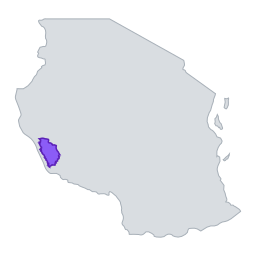 location of Nkasi, Rukwa, United Republic of Tanzania
{"feature_id": "72390352B34861075189695", "entity_name": "Nkasi", "entity_type": "district", "adm_level": 2, "iso_a3": "TZA", "parent_name": "United Republic of Tanzania", "parent_adm1": "Rukwa", "projection": "mercator", "projection_center": [30.833, -7.587], "detail": "fine", "context": "in_parent", "style": "filled", "palette": "violet", "viewbox_px": 256, "rotation_deg": 0, "n_neighbors": 0, "source": "geoboundaries", "source_scale": "gbopen_adm2", "svg_char_len": 7084}
<svg xmlns="http://www.w3.org/2000/svg" viewBox="0 0 256 256"><path d="M88.1,189.7L84.8,188.0L81.8,186.9L79.3,185.8L78.2,184.6L75.9,184.2L74.0,184.0L72.1,182.9L68.3,182.5L67.9,181.8L67.8,180.2L67.2,179.8L65.8,179.4L64.3,179.4L63.4,179.6L62.9,179.5L61.7,178.6L60.5,177.4L60.1,175.5L58.3,174.3L56.4,173.4L50.8,173.5L49.9,173.2L48.6,172.2L47.1,170.6L45.8,168.8L44.7,166.4L43.6,163.1L37.3,149.9L36.6,147.5L35.4,144.7L33.3,141.3L31.2,138.8L28.3,136.5L25.0,134.3L23.2,132.7L19.8,126.6L19.1,123.7L18.5,120.7L18.7,119.5L20.9,115.6L21.1,114.6L20.8,113.1L19.8,110.0L18.5,106.3L15.8,99.5L15.4,97.8L15.4,96.5L17.0,89.7L17.0,88.7L23.3,88.8L28.0,85.8L32.0,81.3L32.8,79.5L34.5,76.6L36.1,75.1L36.7,74.1L37.6,71.3L39.8,69.3L41.8,67.8L41.4,66.8L41.7,66.4L42.8,65.6L45.0,64.9L45.5,63.4L45.4,61.7L45.1,60.7L45.2,59.6L44.8,59.0L43.4,58.9L41.3,58.0L39.5,57.7L38.3,57.2L37.8,56.8L37.6,55.8L38.6,53.1L37.6,52.1L39.8,47.7L40.2,47.2L41.0,47.1L42.3,46.7L43.5,46.4L44.5,46.6L45.2,46.4L45.8,45.9L46.3,44.5L46.8,42.0L46.5,40.0L45.6,38.4L45.4,36.1L45.8,32.9L45.5,30.3L44.5,28.1L43.4,26.9L41.8,26.3L39.3,23.1L38.6,21.5L38.7,20.5L39.6,20.1L41.1,20.3L42.6,19.9L44.0,19.0L45.4,18.8L46.1,18.9L109.5,18.9L183.6,60.3L183.9,60.8L184.5,64.3L184.4,65.5L183.2,67.6L182.9,68.7L182.9,69.4L183.2,69.7L184.1,69.8L185.0,70.3L185.3,70.7L185.9,72.2L186.7,73.0L214.9,93.3L215.5,93.6L215.1,95.3L213.5,99.5L213.4,101.2L212.8,103.2L212.2,104.6L210.6,110.4L209.2,112.6L207.4,117.7L207.1,121.6L208.1,124.4L208.5,126.9L210.7,129.5L212.4,130.4L213.6,131.5L215.7,134.1L216.9,136.8L220.6,138.1L222.1,141.0L221.5,143.1L219.8,144.8L218.2,147.5L216.9,151.1L216.8,156.6L217.7,155.8L219.7,157.1L220.0,161.2L217.9,165.9L217.3,168.1L217.2,170.0L218.7,175.7L220.9,178.6L220.8,179.5L220.2,180.2L224.0,185.3L223.7,189.8L225.1,193.2L225.8,196.3L226.7,198.6L226.9,200.1L225.7,201.9L228.5,202.4L230.2,203.8L230.9,205.2L233.0,205.1L234.1,206.1L235.6,206.8L239.1,209.2L240.1,210.3L240.6,211.4L231.0,218.8L227.6,220.7L225.1,221.5L222.4,222.0L219.9,223.2L217.5,225.0L214.5,225.9L210.8,225.9L206.9,227.2L200.8,231.0L197.2,228.9L194.4,228.2L191.2,228.3L189.2,228.5L188.5,229.0L187.9,230.3L187.4,232.4L185.3,234.4L181.6,236.4L178.1,237.1L175.0,236.6L172.9,235.8L171.8,234.7L170.2,234.2L168.0,234.2L166.0,235.1L164.0,236.6L160.9,237.2L156.6,237.0L154.2,236.3L153.9,235.0L152.0,233.5L148.6,231.8L146.0,231.8L144.4,233.4L142.9,234.5L141.6,234.9L140.4,234.9L138.6,234.5L133.8,234.3L129.3,234.4L128.9,232.0L127.9,230.6L127.1,229.7L125.6,229.5L125.1,228.8L124.6,227.4L123.9,226.1L122.8,225.1L122.2,224.1L122.0,223.2L122.2,222.3L123.1,219.8L123.4,218.2L123.3,216.5L122.8,214.8L121.7,212.7L121.9,212.1L121.5,210.7L121.5,209.7L121.7,208.5L121.5,206.9L120.5,203.4L120.5,202.5L119.6,200.8L116.6,196.9L116.4,196.4L111.7,192.4L109.8,191.5L109.2,192.3L108.9,193.0L109.1,194.3L109.0,194.9L108.8,195.2L107.7,195.1L107.0,195.0L105.2,193.9L103.8,193.7L100.4,193.8L99.2,194.1L98.2,193.9L96.4,192.0L94.3,191.6L92.3,191.6L89.2,189.5L88.1,189.7ZM221.1,123.7L222.6,128.1L222.4,128.9L221.3,129.4L220.8,129.4L220.1,128.7L219.6,127.3L218.8,127.6L217.4,125.9L216.0,125.8L214.7,123.7L215.2,121.9L214.9,118.8L216.4,117.2L217.3,114.5L218.3,116.4L218.5,119.2L219.8,122.5L221.1,123.7ZM228.5,98.0L228.7,99.0L228.3,100.0L228.4,103.0L228.3,105.1L227.1,107.9L226.2,108.9L225.4,108.6L224.7,108.1L224.1,107.4L225.2,102.2L224.7,98.4L226.8,98.8L228.5,98.0ZM225.4,160.5L224.3,160.8L223.9,160.5L223.2,159.6L224.4,158.9L225.5,157.5L228.2,155.4L229.4,153.8L229.2,155.4L227.7,158.9L226.4,159.1L225.4,160.5Z" fill="#d9dde1" stroke="#a8b0b8" stroke-width="1"/><path d="M48.2,139.3L46.2,138.9L45.0,138.8L44.8,138.7L44.2,138.5L42.9,138.2L41.5,138.3L40.6,138.5L40.2,138.7L39.2,138.8L39.6,139.2L39.8,139.2L39.8,139.3L40.0,139.4L40.2,139.6L40.3,139.6L40.5,139.7L40.6,139.9L40.6,140.0L40.6,140.7L40.5,141.0L40.3,141.3L40.2,141.3L40.2,141.5L40.3,141.5L40.2,141.7L40.4,141.8L40.3,142.0L40.4,142.3L40.0,142.8L39.7,143.1L39.5,142.9L39.3,142.8L39.2,142.7L39.1,142.9L39.2,143.0L39.2,142.9L39.3,143.0L39.3,143.3L39.2,143.3L39.3,143.4L39.5,143.3L39.6,143.5L39.9,143.6L39.9,143.8L39.7,144.0L39.7,144.3L39.8,144.4L39.7,144.6L39.9,144.7L40.0,145.0L40.2,145.5L40.3,145.9L40.5,146.0L40.8,146.4L40.8,146.6L41.2,147.0L41.1,147.3L41.2,147.6L41.3,147.7L41.5,148.0L41.4,148.4L41.5,148.4L41.5,148.5L41.5,148.4L41.4,148.5L41.2,148.9L41.3,148.9L41.2,148.9L41.2,149.0L40.9,149.2L41.0,149.4L40.9,149.5L41.0,149.6L41.2,149.8L41.2,150.2L41.3,150.4L41.2,150.5L40.9,150.4L40.9,150.5L40.7,150.6L40.7,150.8L40.8,150.8L40.8,151.0L41.0,151.0L41.2,151.3L41.3,151.4L41.4,151.5L41.5,151.6L41.6,151.8L41.6,152.0L41.7,152.3L41.8,152.4L41.9,152.6L42.2,152.9L42.3,152.9L42.4,153.0L42.4,153.3L42.3,153.5L42.5,153.6L42.7,153.9L43.0,154.1L43.0,154.4L43.3,154.6L43.7,154.8L43.9,155.0L44.0,155.0L44.1,155.3L44.3,155.5L44.4,156.0L44.5,156.2L44.5,156.6L44.6,156.8L44.5,157.0L44.8,157.0L44.8,157.3L44.9,157.5L45.0,157.5L44.9,157.7L44.9,157.8L45.0,157.8L45.0,158.0L45.1,158.4L45.3,158.5L45.5,158.7L45.8,158.7L45.8,158.8L45.8,159.0L46.0,159.0L46.0,159.7L46.0,159.8L46.0,160.1L46.4,160.2L46.5,160.2L46.5,160.3L46.7,160.6L46.8,160.6L46.9,160.8L47.0,161.0L47.3,161.4L47.3,161.5L47.2,161.5L47.4,161.6L47.4,161.8L47.4,162.1L47.3,162.3L47.4,162.5L47.6,162.9L47.6,163.1L47.8,163.2L48.1,163.1L48.3,163.2L48.4,163.3L48.5,163.3L48.5,163.6L48.6,163.8L48.7,164.0L48.7,164.3L48.6,164.5L48.4,164.5L48.5,164.3L48.4,164.3L48.1,164.3L48.0,164.5L48.3,164.4L48.3,164.5L48.2,164.5L48.3,164.7L48.3,164.8L48.3,165.0L48.4,164.9L48.5,165.0L48.5,165.3L48.4,165.4L48.7,165.6L48.8,165.5L48.7,165.8L48.9,165.8L49.0,165.9L48.9,166.0L48.8,166.3L48.9,166.6L49.0,166.7L49.3,166.5L49.3,166.4L49.2,166.3L49.1,166.2L49.4,166.5L49.5,166.5L49.4,166.6L49.5,166.8L49.6,166.7L49.7,166.8L49.7,166.7L49.9,166.3L50.0,166.2L50.4,166.0L50.6,165.9L50.8,165.9L51.0,165.7L51.3,165.5L51.4,165.4L51.5,165.3L51.8,165.2L52.0,165.1L52.1,164.8L52.4,164.8L52.6,165.1L53.4,165.0L54.8,165.1L55.1,165.0L55.2,164.9L55.1,164.7L55.0,164.0L55.2,163.0L55.4,163.0L55.4,162.9L56.1,163.0L56.3,162.9L55.9,162.1L55.6,161.7L55.8,161.4L56.0,161.3L56.4,161.2L56.9,161.2L57.5,161.0L57.4,160.6L57.6,160.2L57.6,159.6L57.6,159.4L57.6,159.1L58.6,159.0L58.7,158.9L58.6,158.5L59.2,158.1L59.2,157.6L58.9,157.2L59.0,157.1L58.9,156.9L58.7,156.6L58.7,156.4L58.7,156.2L58.9,156.2L58.7,156.0L58.7,155.7L58.6,155.4L59.4,154.8L59.7,154.7L59.8,154.7L59.5,154.3L59.2,153.7L58.7,153.0L58.6,152.7L58.4,152.2L58.0,151.6L57.4,151.1L57.3,150.7L57.1,150.5L56.6,149.6L56.3,148.9L56.1,147.7L56.1,147.2L56.2,146.3L56.3,145.7L56.1,145.5L55.8,145.6L55.5,145.3L55.3,145.2L55.0,145.2L54.8,145.0L54.5,144.9L54.2,144.9L53.9,145.0L53.0,144.9L52.9,144.9L52.5,145.0L52.1,144.5L52.2,144.1L51.7,143.8L50.9,143.1L50.6,143.0L50.2,142.9L49.3,142.9L49.1,142.9L48.3,142.1L48.3,141.8L48.6,140.6L48.6,139.8L48.2,139.3ZM40.4,148.5L40.5,148.8L40.6,148.7L40.7,148.8L40.6,149.0L40.6,149.3L40.7,149.2L40.9,149.0L40.9,148.8L40.8,148.7L40.6,148.7L40.4,148.6L40.4,148.5ZM40.5,149.8L40.5,150.0L40.7,150.3L40.9,150.3L40.6,149.9L40.5,149.8ZM40.2,149.6L40.1,149.4L40.0,149.5L40.2,149.6ZM48.3,165.3L48.2,165.1L48.2,165.3L48.3,165.3Z" fill="#8b5cf6" stroke="#5b21b6" stroke-width="1.5"/></svg>